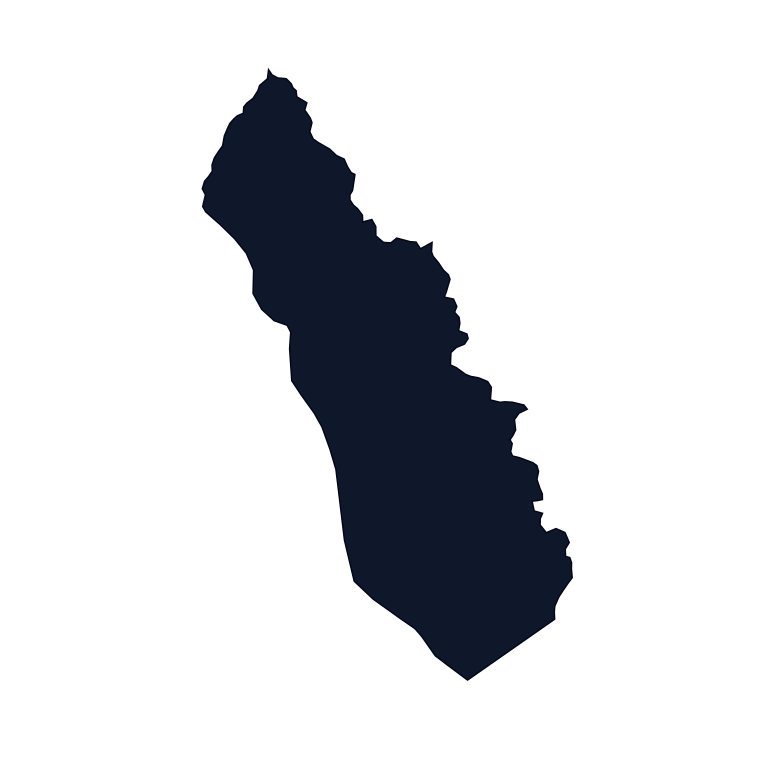 Lagoa Santa, Goiás, Brazil (Robinson projection), rotated 213°
{"feature_id": "56859067B16528022639352", "entity_name": "Lagoa Santa", "entity_type": "district", "adm_level": 2, "iso_a3": "BRA", "parent_name": "Brazil", "parent_adm1": "Goiás", "projection": "robinson", "projection_center": [-51.261, -19.187], "detail": "fine", "context": "isolated", "style": "filled", "palette": "ink", "viewbox_px": 768, "rotation_deg": 213, "n_neighbors": 0, "source": "geoboundaries", "source_scale": "gbopen_adm2", "svg_char_len": 2091}
<svg xmlns="http://www.w3.org/2000/svg" viewBox="0 0 768 768"><g transform="rotate(213 384 384)"><path d="M652.0,584.7L648.0,576.6L649.5,571.3L650.9,566.6L649.5,561.4L649.4,552.2L652.0,544.9L652.5,539.9L649.4,534.4L653.0,529.2L654.3,524.5L655.2,518.5L654.3,512.4L653.0,505.1L649.1,495.9L649.4,489.1L649.4,481.2L647.5,474.0L643.9,469.0L644.1,462.5L644.9,456.3L642.7,448.8L636.8,445.4L632.7,434.1L627.3,431.3L607.9,428.4L588.4,424.5L570.7,418.7L555.4,408.5L543.1,388.6L527.2,380.0L510.6,377.3L497.2,380.5L490.4,376.6L482.4,362.2L463.1,336.5L447.4,329.7L426.7,321.6L412.6,314.2L402.1,306.2L393.7,299.8L377.8,286.2L332.1,231.5L301.6,202.4L275.9,197.7L242.5,196.2L224.9,195.7L215.3,193.0L193.0,184.0L177.1,182.8L152.7,181.2L112.8,279.7L117.1,285.7L119.8,290.7L121.4,300.6L121.4,308.0L121.2,316.4L120.7,324.1L126.2,331.1L129.4,336.3L133.7,339.6L137.8,338.3L142.1,344.3L142.3,351.9L151.3,358.0L161.0,356.4L166.9,347.7L176.3,350.8L179.6,356.1L180.6,361.9L188.9,359.3L196.0,366.4L191.9,369.7L188.2,373.4L191.4,378.1L196.7,381.6L203.8,387.3L206.8,394.9L211.3,398.8L216.1,399.1L230.6,395.9L237.0,393.6L240.9,396.2L244.0,403.8L247.9,405.8L247.9,411.3L248.6,417.2L255.2,425.2L254.9,433.1L250.2,440.9L255.2,442.6L266.5,438.6L272.9,434.9L276.8,431.8L286.1,428.6L289.1,434.1L292.2,439.7L298.4,442.5L308.0,440.7L315.4,437.6L320.9,436.5L332.0,437.1L338.7,436.2L345.0,446.9L343.2,454.1L338.2,461.4L338.2,467.9L341.7,471.1L350.5,469.3L353.5,476.3L357.4,480.8L363.9,482.6L365.1,488.6L371.9,493.1L380.8,489.7L381.8,494.7L385.7,507.8L389.4,510.6L396.3,511.9L404.2,515.3L412.6,518.0L416.2,520.8L420.8,528.9L427.1,517.3L434.4,520.5L439.6,517.6L452.8,513.3L455.1,506.1L461.5,502.5L471.5,503.8L476.7,511.6L483.8,515.3L490.1,508.3L494.0,513.8L501.5,516.6L506.9,517.3L512.7,519.8L515.6,524.0L515.8,529.2L522.5,543.9L526.7,543.4L533.1,546.4L539.9,550.9L548.3,549.7L557.5,551.4L570.7,550.7L576.8,550.9L583.6,555.1L586.8,564.0L590.7,566.9L599.7,570.6L601.9,577.8L613.6,577.4L617.4,582.1L621.6,582.8L625.4,585.3L632.3,586.8L639.8,582.8L646.2,582.3L652.0,584.7Z" fill="#0f172a" stroke="#020617" stroke-width="1.5"/></g></svg>